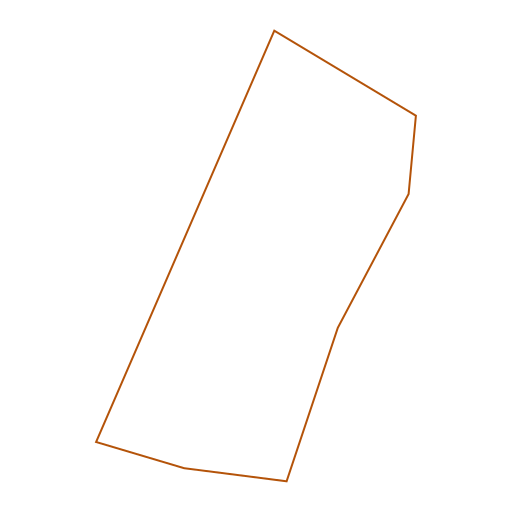 SVG path tracing the border of Luxor
{"feature_id": "EGY-5494", "entity_name": "Luxor", "entity_type": "Governorate", "adm_level": 1, "iso_a3": "EGY", "parent_name": "Egypt", "parent_adm1": "", "projection": "equal_earth", "projection_center": [32.651, 25.707], "detail": "fine", "context": "isolated", "style": "outline", "palette": "amber", "viewbox_px": 512, "rotation_deg": 0, "n_neighbors": 0, "source": "natural_earth", "source_scale": "10m", "svg_char_len": 220}
<svg xmlns="http://www.w3.org/2000/svg" viewBox="0 0 512 512"><path d="M274.3,30.7L415.9,115.7L408.6,194.0L337.8,327.8L286.6,481.3L184.1,468.2L96.1,442.0L274.3,30.7Z" fill="none" stroke="#b45309" stroke-width="2"/></svg>